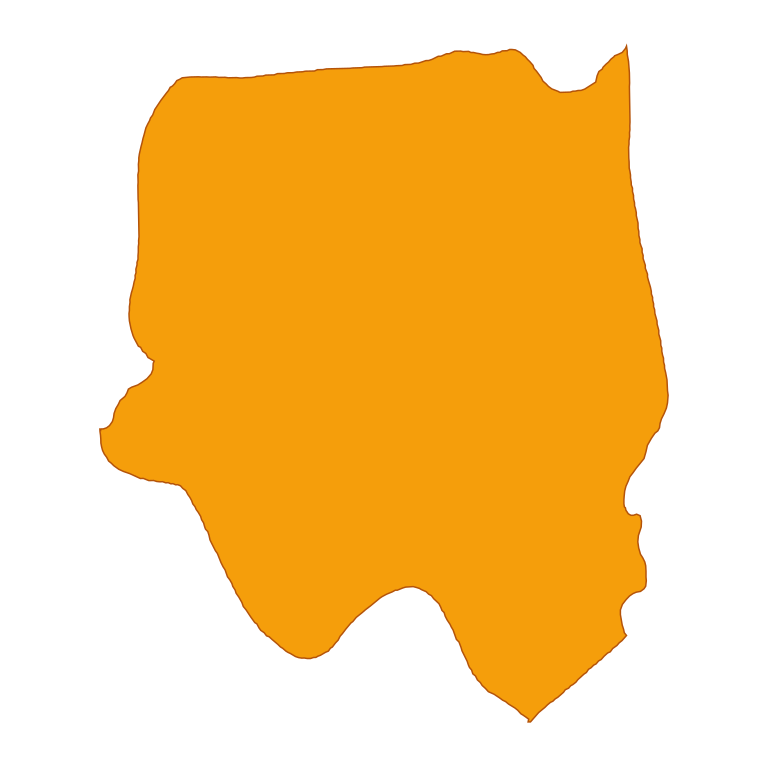 Cidade De Chimoio, Manica, Mozambique (Equal Earth projection)
{"feature_id": "85939544B35135302322965", "entity_name": "Cidade De Chimoio", "entity_type": "district", "adm_level": 2, "iso_a3": "MOZ", "parent_name": "Mozambique", "parent_adm1": "Manica", "projection": "equal_earth", "projection_center": [33.456, -19.135], "detail": "fine", "context": "isolated", "style": "filled", "palette": "amber", "viewbox_px": 768, "rotation_deg": 0, "n_neighbors": 0, "source": "geoboundaries", "source_scale": "gbopen_adm2", "svg_char_len": 6012}
<svg xmlns="http://www.w3.org/2000/svg" viewBox="0 0 768 768"><path d="M131.0,328.8L133.0,335.5L134.2,338.3L138.4,346.2L140.6,347.3L142.7,351.3L145.9,353.5L148.0,357.5L154.2,361.1L153.2,363.3L152.9,369.6L151.2,373.9L146.9,378.8L142.3,382.1L137.7,385.0L131.6,387.2L128.4,389.1L127.0,392.8L125.0,396.4L120.1,400.5L118.4,404.2L115.8,408.6L114.1,413.4L113.5,417.8L112.4,421.5L109.5,425.6L106.6,427.8L103.4,428.9L100.6,429.0L100.6,430.0L99.9,429.5L100.0,431.6L100.5,435.1L100.8,439.1L100.9,443.1L101.6,446.8L102.6,450.5L104.4,454.2L106.7,457.3L108.6,461.0L111.3,463.2L113.8,465.7L118.8,469.3L123.6,471.5L129.7,473.6L140.4,478.5L143.3,478.4L148.9,480.6L153.7,480.5L156.8,481.5L159.8,481.8L162.7,481.7L165.6,482.8L168.3,482.7L170.8,483.8L173.1,483.7L175.6,484.8L177.8,484.7L180.5,485.8L182.8,488.4L185.8,490.6L187.9,494.6L189.9,497.4L191.6,500.5L192.8,503.9L195.0,506.7L196.2,509.5L198.3,512.4L200.6,516.3L201.6,519.7L203.6,522.9L204.6,526.6L205.5,529.1L207.8,531.6L209.0,535.3L210.0,539.9L211.2,542.4L215.4,550.7L217.4,553.5L221.0,562.6L223.1,566.8L225.1,569.9L227.5,576.8L229.8,579.8L231.9,583.5L232.8,586.4L235.1,590.0L236.1,593.2L238.9,597.2L241.9,602.5L243.3,606.5L246.1,609.9L250.7,616.9L254.8,622.6L256.9,623.9L259.0,627.9L260.8,630.4L264.2,632.7L266.5,635.8L269.2,636.8L272.0,639.4L277.9,644.4L280.4,646.9L282.7,648.3L285.9,651.1L288.0,652.4L290.4,653.5L295.4,656.5L298.6,657.6L301.8,658.1L304.2,658.0L307.2,658.5L310.5,658.5L313.5,657.5L315.9,657.4L317.9,656.2L320.4,655.3L325.5,652.3L328.4,651.1L330.4,648.2L332.4,647.0L335.5,642.9L338.1,640.2L340.1,636.2L342.5,633.5L345.8,629.1L350.9,623.0L352.9,621.5L356.2,617.4L362.2,612.6L365.5,609.7L370.6,605.8L379.9,598.1L382.1,596.6L386.6,594.2L392.4,591.8L395.3,590.2L397.3,590.2L402.7,588.0L405.6,587.1L413.2,586.6L416.2,587.4L419.4,588.4L421.4,589.6L426.2,591.7L428.7,594.2L431.4,595.6L433.7,598.7L439.0,603.7L440.8,607.4L442.0,610.5L444.1,612.5L445.2,616.2L447.1,619.9L450.1,624.4L451.3,627.0L453.1,630.0L456.4,639.4L459.0,642.0L461.1,647.6L462.0,650.8L467.2,661.3L468.4,665.0L469.5,667.5L471.6,670.0L472.8,673.8L475.5,676.0L477.4,679.9L480.3,682.5L482.2,685.5L485.4,688.4L488.4,691.7L493.8,694.1L499.3,697.7L502.7,700.2L505.6,701.6L508.6,704.1L514.8,707.9L517.7,710.2L520.9,713.8L523.2,715.2L528.7,719.1L528.1,721.9L530.5,721.9L538.7,712.5L544.9,707.4L547.5,704.8L550.4,702.4L552.9,701.2L555.3,698.8L557.8,697.3L563.5,692.3L565.3,689.7L568.6,688.2L570.6,685.8L572.8,684.6L575.9,682.2L577.9,679.6L584.1,674.0L586.4,672.5L588.5,669.3L591.0,667.8L593.7,665.1L596.1,663.9L598.5,661.0L601.2,659.5L604.1,656.2L607.6,653.0L610.3,651.8L612.7,648.5L616.9,645.5L619.1,642.9L622.0,640.6L626.5,635.5L624.3,632.7L623.6,629.4L622.2,625.0L620.4,614.7L620.4,609.9L622.4,604.4L626.1,599.6L629.6,595.9L633.0,593.6L636.2,592.2L640.5,591.4L644.0,588.8L645.7,586.2L646.3,580.7L646.0,577.1L646.0,571.5L645.7,565.7L644.8,562.0L642.8,557.9L640.5,554.3L638.7,548.0L637.8,541.8L638.4,535.5L641.2,527.0L641.5,521.1L640.1,515.7L636.6,514.2L633.4,515.3L630.9,515.3L628.3,513.8L625.9,510.2L625.4,507.8L624.4,506.9L623.9,503.9L623.9,499.9L624.2,495.8L624.7,491.0L625.9,486.3L628.2,481.1L629.9,476.7L632.8,473.0L636.2,468.2L644.0,458.6L646.0,451.6L647.4,445.3L651.4,438.3L654.9,433.2L657.8,430.9L659.5,427.7L660.0,423.6L661.5,418.8L664.1,413.6L666.4,408.1L667.5,402.9L668.1,395.2L667.5,390.8L667.0,379.9L665.6,372.4L664.6,368.4L664.5,365.3L663.6,362.1L663.5,358.1L662.6,355.3L661.8,351.3L661.8,348.1L660.8,345.3L660.7,340.7L658.8,334.1L658.8,330.4L657.1,324.1L657.0,321.0L654.9,313.5L654.6,309.6L653.6,306.7L653.6,303.8L652.6,300.1L652.6,297.3L651.4,294.1L651.3,291.3L650.4,287.0L648.5,280.7L647.5,277.0L647.5,274.1L645.3,268.2L645.3,265.3L643.1,258.5L643.1,255.3L642.1,252.2L642.1,248.7L640.9,245.6L639.9,242.5L639.9,239.6L638.9,235.6L638.8,231.3L638.1,228.4L638.0,223.0L636.3,215.6L636.3,212.7L635.5,208.7L634.6,205.9L634.5,202.7L633.6,199.0L633.5,195.3L632.5,191.6L632.5,188.1L631.3,185.0L631.2,182.1L630.5,177.8L630.5,175.0L629.9,171.3L629.2,168.1L629.1,161.8L628.8,158.1L628.6,147.2L629.0,144.3L629.0,140.6L629.6,136.8L629.5,132.5L629.9,129.9L629.8,125.6L630.0,122.1L629.4,86.6L629.6,83.1L629.4,72.8L628.5,61.3L627.3,54.7L627.2,51.0L626.5,46.1L625.5,48.4L622.3,52.4L618.3,54.3L614.6,55.8L613.9,56.8L611.0,59.1L608.6,62.0L605.9,64.3L603.1,67.2L602.2,69.1L598.9,71.5L597.1,75.8L595.7,82.1L584.7,89.1L581.1,90.4L578.0,90.5L575.5,91.1L572.8,91.2L570.3,92.1L560.0,92.4L558.0,91.3L551.8,88.9L548.4,86.4L546.1,83.9L542.9,81.1L541.1,77.4L536.5,71.2L534.0,68.4L533.0,65.3L529.8,61.6L527.5,59.4L525.4,56.8L523.2,55.2L520.2,52.4L515.4,49.9L512.0,49.5L509.6,49.5L507.1,50.7L502.2,50.9L499.9,52.3L497.5,52.4L494.3,53.7L491.4,54.0L488.5,54.6L485.6,54.7L482.7,54.5L479.7,53.7L476.6,53.2L473.6,52.5L470.9,52.5L468.7,51.4L463.1,51.6L460.6,51.1L454.7,51.2L449.4,53.7L446.4,53.8L441.1,56.2L438.2,56.3L432.2,59.3L428.8,60.5L425.9,60.6L418.5,63.1L414.7,63.2L410.9,64.4L404.8,64.6L402.1,65.5L396.7,65.7L393.8,66.0L384.4,66.3L381.9,66.6L364.6,67.1L361.9,67.7L352.5,68.0L350.2,68.3L326.4,68.9L322.8,69.6L317.4,69.7L314.5,71.0L305.3,71.2L302.4,71.8L296.6,72.0L293.0,72.7L287.3,72.8L284.2,73.5L277.5,73.6L274.1,74.9L265.8,75.1L262.9,76.0L257.0,76.2L254.4,77.1L251.2,77.5L245.6,77.6L242.4,78.0L239.8,78.0L236.6,77.6L228.3,77.8L225.1,77.3L218.8,77.4L215.7,76.9L209.8,77.1L206.5,76.9L201.3,77.0L198.4,76.8L190.3,77.0L182.2,77.8L179.7,79.3L176.8,80.6L174.6,83.8L172.4,86.1L170.2,87.3L168.5,90.5L166.3,93.2L161.0,100.2L154.8,109.5L152.7,115.0L150.5,118.0L149.6,120.6L147.7,124.1L145.9,127.9L144.0,135.1L143.0,138.5L142.1,142.6L141.1,146.3L139.4,153.8L138.8,157.9L138.8,160.7L138.4,164.2L138.6,171.1L137.9,174.8L138.1,182.3L137.9,185.5L138.1,199.5L138.4,202.4L139.0,236.8L138.6,240.6L138.7,243.7L138.3,246.6L138.3,252.1L138.0,255.8L138.0,259.3L137.0,262.4L137.0,265.0L135.9,269.1L136.0,272.8L135.1,275.4L135.2,278.3L134.1,282.0L133.3,286.1L132.2,290.2L131.4,292.8L129.9,299.7L130.0,302.5L129.4,306.6L129.4,310.6L129.0,313.5L129.1,316.9L129.4,320.9L131.0,328.8Z" fill="#f59e0b" stroke="#b45309" stroke-width="1.5"/></svg>